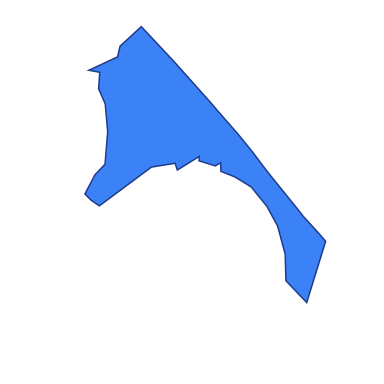 outline of Pickett, Tennessee, United States of America, rotated 46°
{"feature_id": "52423323B56559053703278", "entity_name": "Pickett", "entity_type": "district", "adm_level": 2, "iso_a3": "USA", "parent_name": "United States of America", "parent_adm1": "Tennessee", "projection": "natural_earth1", "projection_center": [-85.035, 36.517], "detail": "fine", "context": "isolated", "style": "filled", "palette": "blue", "viewbox_px": 384, "rotation_deg": 46, "n_neighbors": 0, "source": "geoboundaries", "source_scale": "gbopen_adm2", "svg_char_len": 641}
<svg xmlns="http://www.w3.org/2000/svg" viewBox="0 0 384 384"><g transform="rotate(46 192 192)"><path d="M211.3,121.4L204.6,120.6L182.6,118.7L147.1,116.9L141.5,116.5L84.4,114.3L37.8,113.6L37.1,142.4L43.1,151.6L32.8,181.6L41.8,175.2L52.9,187.5L68.3,193.2L90.1,210.8L111.6,235.3L112.2,249.8L119.0,270.4L127.5,270.3L137.6,268.3L145.9,203.9L159.6,184.2L166.0,187.3L171.5,162.0L174.5,165.3L189.4,157.1L190.9,151.1L197.3,156.9L210.6,150.8L229.5,145.9L254.4,148.1L276.0,154.1L301.5,168.2L321.1,186.1L351.2,186.3L320.3,130.1L309.7,129.5L287.1,128.9L277.5,127.9L229.1,123.6L211.3,121.4Z" fill="#3b82f6" stroke="#1e3a8a" stroke-width="1.5"/></g></svg>